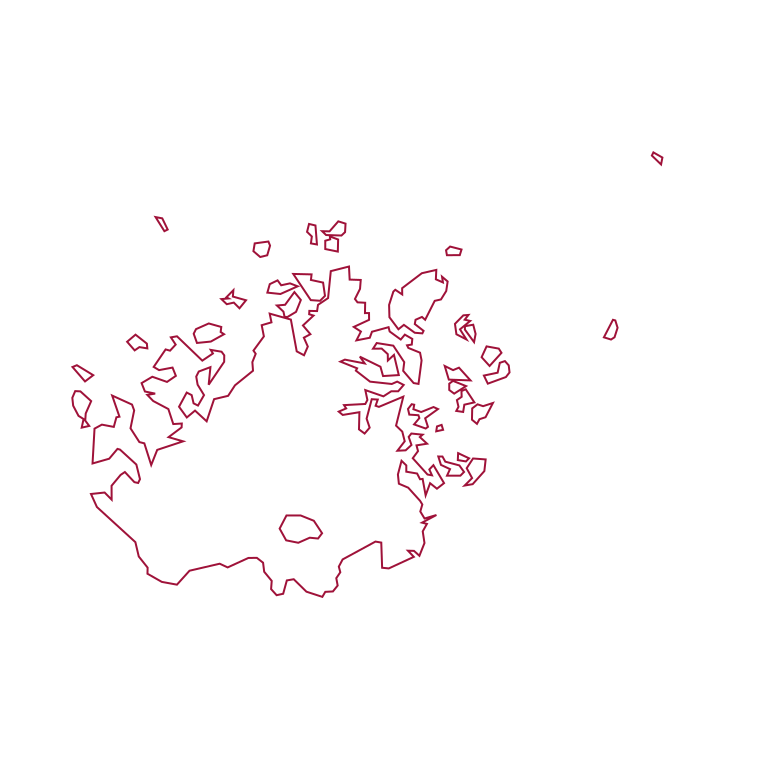 outline of South Jeolla, rotated 171°
{"feature_id": "KOR-2506", "entity_name": "South Jeolla", "entity_type": "Metropolitan City", "adm_level": 1, "iso_a3": "KOR", "parent_name": "South Korea", "parent_adm1": "", "projection": "albers", "projection_center": [126.652, 34.734], "detail": "fine", "context": "isolated", "style": "outline", "palette": "rose", "viewbox_px": 768, "rotation_deg": 171, "n_neighbors": 0, "source": "natural_earth", "source_scale": "10m", "svg_char_len": 6192}
<svg xmlns="http://www.w3.org/2000/svg" viewBox="0 0 768 768"><g transform="rotate(171 384 384)"><path d="M690.6,321.2L676.9,320.5L671.1,312.4L669.0,326.1L658.4,335.4L653.7,337.6L645.9,326.1L642.3,324.7L639.9,328.2L641.2,343.2L655.0,360.5L657.4,361.6L667.1,353.2L684.3,351.1L676.9,385.2L669.0,388.0L657.6,383.9L653.5,393.0L650.4,393.1L654.3,415.1L636.1,403.1L634.9,397.0L641.3,379.9L634.7,364.9L630.0,362.9L626.6,340.4L618.3,354.4L591.4,358.8L605.1,365.2L590.7,372.8L589.9,376.6L598.4,377.4L600.9,393.0L614.6,403.3L619.5,410.3L611.5,410.3L621.3,414.0L623.3,422.8L611.7,427.4L598.0,420.0L588.3,424.6L590.3,433.3L604.0,432.9L608.8,436.9L594.3,452.3L590.1,450.4L583.6,455.5L587.2,463.4L581.0,463.5L559.8,435.5L548.2,440.9L549.8,444.8L539.4,441.3L537.3,437.3L538.4,430.9L557.3,410.7L552.8,427.8L565.0,425.3L568.3,420.7L568.2,412.5L563.5,401.2L571.1,391.8L575.1,394.7L575.7,403.1L580.2,406.4L590.0,393.6L584.0,381.8L574.8,387.3L565.0,374.9L554.2,395.6L539.8,396.7L531.4,406.0L511.3,417.6L510.6,426.2L506.0,433.9L507.7,437.4L495.2,449.8L495.6,461.2L485.5,462.5L485.9,471.4L465.9,462.2L465.1,429.9L458.5,424.9L453.4,432.9L455.9,442.3L448.9,444.7L454.9,454.5L442.9,462.6L447.0,464.6L446.3,467.9L438.7,466.5L436.8,472.5L425.8,477.6L418.9,503.8L400.2,505.5L401.6,492.5L390.7,490.4L392.8,481.7L399.4,472.5L397.4,468.8L389.9,467.2L391.7,457.0L387.7,456.4L388.7,449.7L404.9,445.1L398.6,439.4L404.4,431.4L390.8,431.9L387.7,437.5L370.6,439.4L370.2,435.0L360.5,425.3L355.7,429.5L349.0,424.1L350.4,418.6L355.2,418.6L354.3,415.8L343.5,409.3L343.2,401.4L349.9,378.7L354.6,380.3L363.0,394.0L360.6,402.4L368.8,420.4L384.8,425.6L389.3,420.6L380.7,419.3L375.6,412.9L376.5,406.6L369.6,411.2L368.0,390.5L383.7,392.0L384.8,401.6L403.6,414.8L399.8,407.3L418.8,414.2L423.5,412.9L408.1,403.7L409.7,401.6L397.4,388.5L376.3,382.8L370.6,384.3L364.7,380.0L371.1,374.6L377.9,375.7L386.5,371.9L403.4,380.9L402.9,370.8L405.6,367.2L426.8,369.4L425.2,365.8L433.0,363.8L429.6,359.9L412.7,360.0L415.8,343.1L410.9,338.1L405.0,343.1L406.6,352.5L398.5,370.9L392.6,369.6L395.7,363.8L392.6,362.2L366.9,368.5L378.6,341.0L373.4,334.1L372.5,324.2L381.2,316.0L373.0,315.1L366.4,319.5L367.9,327.9L364.7,330.8L353.8,327.9L356.9,326.0L350.8,318.3L361.5,318.3L360.9,312.4L367.2,306.2L355.2,287.8L350.9,286.3L352.6,292.5L347.9,296.1L340.2,276.7L348.1,272.3L354.0,278.8L360.3,267.5L360.7,284.2L363.3,284.3L365.3,290.4L375.7,293.9L374.7,300.1L378.7,305.4L384.4,292.5L384.9,283.2L376.3,277.8L366.6,262.9L365.0,259.0L368.1,252.4L365.0,244.8L352.7,246.4L368.1,241.1L363.5,239.1L368.8,232.4L368.9,220.6L375.9,208.8L380.5,214.5L386.4,215.6L381.6,208.6L408.1,201.1L414.6,202.8L411.5,227.8L417.1,229.7L452.3,217.2L457.2,210.7L456.6,204.9L461.5,199.7L461.3,192.2L466.9,187.1L474.5,187.9L478.2,183.4L493.1,191.0L503.7,205.3L510.7,205.2L516.4,192.6L523.1,192.2L527.6,199.1L525.7,207.1L531.7,217.3L531.4,226.4L536.8,232.2L545.2,233.4L567.1,227.3L574.4,232.2L605.3,230.0L619.9,218.2L634.4,223.3L647.3,233.6L646.2,239.6L653.2,252.0L654.3,266.7L686.8,307.4L690.6,321.2ZM505.1,244.9L493.5,240.6L481.4,243.8L473.3,241.7L468.5,246.3L474.7,259.9L486.9,267.2L500.9,269.4L509.7,257.5L505.1,244.9ZM368.2,449.1L366.6,461.3L360.3,473.8L358.1,475.3L352.0,469.6L351.1,475.8L329.3,487.5L314.5,488.5L316.4,479.3L309.9,475.1L309.9,480.9L305.1,475.3L308.0,466.1L314.5,458.6L320.9,458.2L333.3,441.0L336.0,444.3L342.8,442.5L344.2,438.4L336.6,430.3L338.2,428.0L345.6,429.8L355.1,439.3L361.2,435.8L368.2,449.1ZM443.2,478.3L456.4,506.9L438.4,503.6L439.9,498.2L428.3,493.7L428.5,480.3L434.1,476.2L443.2,478.3ZM548.4,453.0L562.3,453.8L564.1,463.4L561.1,467.6L547.6,471.2L535.8,465.8L537.2,460.9L534.2,458.2L548.4,453.0ZM686.2,396.4L690.7,400.3L694.4,411.2L694.0,419.1L690.1,425.3L685.0,424.2L675.9,412.9L683.2,401.6L684.8,394.6L681.7,388.7L689.4,388.2L686.2,396.4ZM307.7,296.5L295.4,293.6L298.5,282.3L312.1,271.2L320.2,271.1L311.7,277.3L315.5,287.9L307.7,296.5ZM354.9,347.8L363.8,349.8L364.2,355.6L359.8,359.7L357.4,358.8L358.9,354.5L351.7,350.5L338.7,353.5L334.6,350.8L348.7,343.7L347.3,334.8L349.8,333.5L360.6,339.4L354.4,344.8L354.9,347.8ZM458.1,488.8L453.0,480.0L459.6,469.0L468.9,465.3L471.7,465.8L472.0,471.2L477.5,478.3L469.3,477.7L458.1,488.8ZM281.4,368.1L284.0,376.7L270.0,377.4L266.3,386.8L261.0,387.7L257.9,382.9L258.2,375.8L262.5,371.8L281.4,368.1ZM295.2,334.3L298.4,330.1L302.7,335.0L300.7,346.1L294.8,349.3L289.6,346.6L279.4,348.2L288.9,335.3L295.2,334.3ZM319.3,378.2L321.2,392.3L313.6,386.9L307.4,388.4L298.0,374.0L319.3,378.2ZM276.9,385.3L283.4,395.2L276.8,405.1L265.1,401.0L263.1,396.4L276.9,385.3ZM304.1,366.0L297.6,351.7L307.9,351.0L310.2,344.0L316.8,346.1L314.0,349.8L314.5,356.7L309.3,359.2L308.6,364.9L304.1,366.0ZM335.6,297.7L322.3,291.8L318.7,284.6L322.9,281.5L336.1,283.6L332.1,289.6L340.4,295.2L341.7,303.9L337.6,303.2L335.6,297.7ZM481.2,500.5L472.9,503.0L470.1,497.6L461.1,498.1L454.0,494.0L472.2,489.1L484.9,492.5L481.2,500.5ZM486.4,528.8L492.2,535.6L489.7,543.1L475.9,542.8L474.9,538.5L479.2,529.4L486.4,528.8ZM417.9,540.2L421.2,544.6L413.9,543.3L403.7,551.8L396.9,548.4L398.7,540.1L402.8,537.3L417.9,540.2ZM625.0,456.2L631.1,465.9L621.7,471.6L611.9,461.0L612.2,456.2L619.8,458.7L625.0,456.2ZM304.7,421.8L304.5,432.3L294.9,439.4L289.8,439.0L294.2,434.9L289.0,432.8L300.4,426.1L295.6,415.1L304.7,421.8ZM678.9,433.3L689.0,449.5L684.4,450.6L669.8,438.2L678.9,433.3ZM420.9,526.5L419.6,534.7L414.5,535.3L414.4,538.2L406.7,533.9L408.9,522.0L420.9,526.5ZM526.8,487.4L531.3,493.3L524.1,492.8L526.1,494.3L518.1,500.2L519.6,494.0L507.2,488.3L514.9,481.4L519.6,487.9L526.8,487.4ZM152.8,392.4L159.5,395.7L147.8,411.6L145.6,410.6L144.5,403.0L149.0,394.1L152.8,392.4ZM432.2,541.0L436.2,546.3L433.0,553.8L426.9,551.3L428.4,532.3L434.2,534.3L432.2,541.0ZM320.5,367.9L319.5,374.1L315.4,376.3L303.3,369.1L316.2,363.5L320.5,367.9ZM295.0,428.4L286.6,428.6L285.7,419.1L288.5,411.3L295.6,425.1L295.0,428.4ZM301.7,501.4L301.8,506.4L297.2,509.4L286.4,504.7L289.0,499.4L301.7,501.4ZM81.7,570.6L73.6,564.1L76.0,557.5L83.7,567.7L81.7,570.6ZM323.0,297.3L321.6,304.1L311.6,297.3L315.2,294.7L323.0,297.3ZM577.0,569.3L583.5,584.6L577.1,582.3L573.5,570.4L577.0,569.3ZM338.3,333.8L333.5,334.6L332.8,329.5L339.8,329.1L338.3,333.8Z" fill="none" stroke="#9f1239" stroke-width="2"/></g></svg>